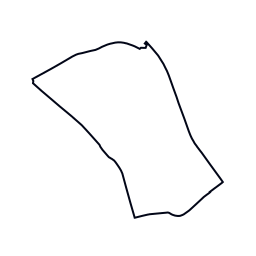 the district of Al Wayli, Al Qahirah, Egypt, rotated 98°
{"feature_id": "37247803B46837021628067", "entity_name": "Al Wayli", "entity_type": "district", "adm_level": 2, "iso_a3": "EGY", "parent_name": "Egypt", "parent_adm1": "Al Qahirah", "projection": "natural_earth1", "projection_center": [31.288, 30.072], "detail": "fine", "context": "isolated", "style": "outline", "palette": "ink", "viewbox_px": 256, "rotation_deg": 98, "n_neighbors": 0, "source": "geoboundaries", "source_scale": "gbopen_adm2", "svg_char_len": 2191}
<svg xmlns="http://www.w3.org/2000/svg" viewBox="0 0 256 256"><g transform="rotate(98 128 128)"><path d="M180.2,37.8L179.9,38.1L176.3,34.5L169.3,27.4L168.8,27.0L168.3,26.6L165.7,29.0L152.8,41.5L142.1,51.7L140.4,53.5L136.8,57.1L136.7,57.2L136.5,57.3L134.0,59.8L131.6,61.6L129.6,63.2L126.7,65.1L123.0,67.2L118.6,69.5L111.1,73.4L96.3,81.4L90.2,84.4L87.8,85.7L81.4,89.1L76.0,91.9L70.3,94.9L66.2,97.3L62.9,99.6L59.5,101.9L57.3,103.8L53.5,107.0L53.0,107.4L51.9,108.4L50.0,110.5L45.5,115.5L40.2,121.8L40.1,122.0L42.0,123.1L43.1,121.0L46.2,121.7L46.8,126.4L48.0,127.4L46.2,132.7L45.6,135.1L45.6,135.3L45.5,135.6L44.9,138.7L44.5,140.6L44.5,140.8L44.4,141.0L44.4,141.6L44.4,142.2L44.3,142.7L44.3,143.2L44.2,143.7L44.2,144.3L44.2,144.8L44.2,145.3L44.2,145.9L44.2,146.4L44.2,146.9L44.3,147.9L44.4,148.3L44.4,148.7L44.5,149.1L44.5,149.6L44.6,150.0L44.7,150.4L44.8,150.8L44.9,151.2L45.0,151.6L45.1,152.0L45.2,152.4L45.4,153.0L46.4,155.6L47.0,157.3L48.3,160.1L51.2,165.0L53.3,167.9L55.2,171.1L56.8,175.5L57.6,177.5L60.2,183.8L61.5,187.5L62.6,189.6L65.0,193.1L73.2,203.4L80.6,213.0L92.8,229.4L94.6,228.3L96.9,228.3L103.2,218.9L106.6,213.5L116.1,198.6L124.0,185.8L131.7,174.1L138.6,165.7L148.6,153.9L150.4,152.8L153.2,150.2L158.1,144.6L159.6,142.8L160.0,141.7L160.5,140.7L160.6,140.3L160.7,140.0L161.3,138.8L161.7,138.1L162.0,137.4L163.5,135.7L165.5,133.8L168.6,131.0L171.1,129.0L172.4,128.2L173.8,127.3L187.1,121.6L201.8,115.2L215.4,109.1L215.9,108.9L215.8,108.4L215.7,108.2L215.4,107.5L213.0,101.6L210.9,96.1L210.8,95.7L210.7,95.3L210.5,94.9L210.4,94.6L206.4,77.8L206.3,77.5L206.2,77.1L206.2,76.8L206.2,76.5L206.2,76.1L206.3,75.8L206.3,75.5L206.4,75.2L206.6,74.9L206.8,74.3L207.0,73.8L207.1,73.7L207.3,73.2L207.4,72.9L207.6,72.3L207.7,71.8L207.9,71.1L208.0,70.2L208.1,69.9L208.1,69.6L208.2,69.2L208.2,68.9L208.2,68.4L208.2,67.8L208.2,67.4L208.2,67.0L208.2,66.6L208.1,66.2L208.1,65.7L208.0,65.4L207.9,65.1L207.9,64.7L207.8,64.4L207.7,64.1L207.5,63.8L207.4,63.5L206.8,62.5L206.6,62.0L206.3,61.6L206.1,61.3L205.8,60.9L205.6,60.6L205.3,60.3L203.6,58.5L201.9,56.7L201.4,56.2L200.9,55.7L198.0,53.3L190.8,47.4L185.8,43.4L182.9,40.5L181.5,39.0L180.2,37.8Z" fill="none" stroke="#020617" stroke-width="2"/></g></svg>